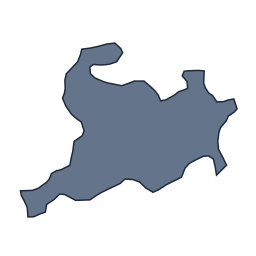 outline of Neo Chorio Lefkosias, Cyprus, rotated 268°
{"feature_id": "46923920B66080060660819", "entity_name": "Neo Chorio Lefkosias", "entity_type": "district", "adm_level": 2, "iso_a3": "CYP", "parent_name": "Cyprus", "parent_adm1": "", "projection": "equal_earth", "projection_center": [33.459, 35.22], "detail": "fine", "context": "isolated", "style": "filled", "palette": "slate", "viewbox_px": 256, "rotation_deg": 268, "n_neighbors": 0, "source": "geoboundaries", "source_scale": "gbopen_adm2", "svg_char_len": 1520}
<svg xmlns="http://www.w3.org/2000/svg" viewBox="0 0 256 256"><g transform="rotate(268 128 128)"><path d="M77.8,214.8L87.4,225.2L95.8,221.5L103.5,217.7L111.9,217.3L120.0,218.6L125.3,220.6L131.8,226.5L136.4,228.6L140.3,234.8L143.3,237.7L153.3,234.8L152.5,229.0L151.0,224.4L151.0,217.7L157.5,213.6L160.2,209.8L165.1,206.9L170.1,205.2L182.4,206.1L183.1,200.2L183.1,191.1L182.8,186.1L178.2,184.0L172.4,188.6L165.5,189.0L164.0,184.8L162.5,179.8L159.4,175.7L154.8,166.9L154.0,161.5L159.8,159.4L164.4,156.1L169.0,151.5L174.3,145.7L174.7,136.1L172.8,130.7L170.5,123.2L173.6,109.9L175.1,105.3L179.3,96.5L183.5,92.4L190.4,92.0L192.7,95.7L191.9,103.6L192.3,111.1L194.6,119.0L203.4,125.3L207.6,123.6L210.1,121.1L213.4,117.8L212.6,109.4L210.7,101.5L209.2,93.2L208.4,84.5L203.4,83.2L195.8,79.9L193.3,77.3L190.0,74.0L184.3,68.2L178.2,66.6L169.7,66.6L165.1,65.7L160.2,63.6L152.1,66.6L143.7,72.0L138.7,77.4L135.7,81.5L126.8,84.0L121.9,82.0L116.5,73.6L106.6,72.0L98.9,69.9L92.8,68.6L88.6,59.5L87.8,54.9L85.1,49.9L80.1,47.8L76.7,44.9L74.0,40.7L70.9,36.2L69.0,30.3L69.0,24.1L69.0,18.3L64.1,19.1L59.1,21.6L52.2,24.5L42.6,24.9L42.6,30.8L44.9,36.2L46.8,42.4L54.5,44.1L59.1,51.6L64.4,57.4L63.7,62.4L57.5,73.2L57.5,79.9L57.5,87.4L61.4,93.6L64.4,99.0L67.1,104.9L69.4,110.3L72.8,118.2L77.1,123.2L76.3,131.1L73.6,137.8L67.5,143.6L62.9,150.7L65.2,156.5L69.8,164.0L72.1,169.0L75.1,175.7L77.1,179.8L85.9,183.6L90.5,188.1L93.5,194.0L97.0,201.9L97.4,207.3L93.9,212.3L84.7,214.0L77.8,214.8Z" fill="#64748b" stroke="#1e293b" stroke-width="1.5"/></g></svg>